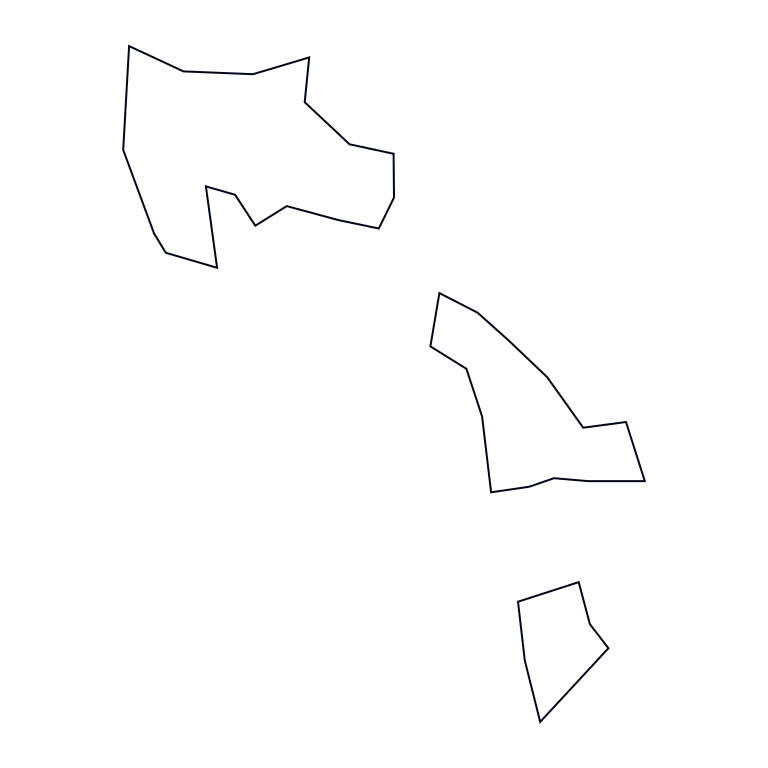 SVG path tracing the border of Schaan
{"feature_id": "LIE-4896", "entity_name": "Schaan", "entity_type": "state/province", "adm_level": 1, "iso_a3": "LIE", "parent_name": "Liechtenstein", "parent_adm1": "", "projection": "robinson", "projection_center": [9.557, 47.13], "detail": "fine", "context": "isolated", "style": "outline", "palette": "ink", "viewbox_px": 768, "rotation_deg": 0, "n_neighbors": 0, "source": "natural_earth", "source_scale": "10m", "svg_char_len": 617}
<svg xmlns="http://www.w3.org/2000/svg" viewBox="0 0 768 768"><path d="M393.6,153.8L394.0,197.6L378.8,228.5L338.4,220.1L286.7,206.1L255.3,225.7L235.1,194.8L205.9,186.4L217.1,267.8L165.8,252.8L154.0,233.3L123.2,149.9L129.1,46.1L183.5,71.4L253.1,74.2L309.2,57.4L304.7,102.2L349.6,144.3L393.6,153.8ZM626.0,422.0L644.8,481.1L587.7,481.1L554.0,478.2L529.3,486.7L491.1,492.3L482.1,416.5L466.4,368.8L430.4,346.4L439.4,293.1L477.6,312.7L509.0,340.8L547.2,377.2L583.2,427.7L626.0,422.0ZM608.4,648.2L540.2,721.9L524.8,660.6L518.0,601.7L578.7,582.1L589.9,624.2L608.4,648.2Z" fill="none" stroke="#020617" stroke-width="2"/></svg>